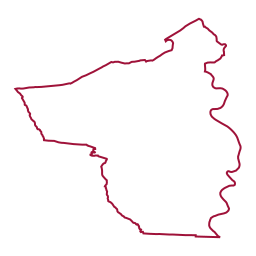 Lacusteni, Vâlcea, Romania (Robinson projection)
{"feature_id": "2599482B8847847737494", "entity_name": "Lacusteni", "entity_type": "district", "adm_level": 2, "iso_a3": "ROU", "parent_name": "Romania", "parent_adm1": "Vâlcea", "projection": "robinson", "projection_center": [23.871, 44.712], "detail": "fine", "context": "isolated", "style": "outline", "palette": "rose", "viewbox_px": 256, "rotation_deg": 0, "n_neighbors": 0, "source": "geoboundaries", "source_scale": "gbopen_adm2", "svg_char_len": 5796}
<svg xmlns="http://www.w3.org/2000/svg" viewBox="0 0 256 256"><path d="M239.5,163.6L238.1,158.2L238.1,157.6L238.2,157.1L238.1,156.8L238.1,156.4L238.5,155.3L239.5,151.6L240.4,149.1L240.6,147.8L240.5,146.2L239.7,144.4L238.9,142.3L237.3,137.7L236.6,136.3L235.7,134.8L234.0,132.6L232.6,131.1L231.0,129.5L229.3,128.0L227.4,126.5L221.8,123.4L215.9,119.9L214.4,118.9L211.9,116.7L211.5,116.1L210.6,114.3L210.4,113.0L210.4,112.2L210.5,111.3L210.8,110.7L211.2,110.0L211.7,109.6L212.8,109.1L216.0,109.0L217.7,108.9L219.0,108.4L220.3,108.0L221.2,107.4L222.0,106.7L223.0,105.6L223.9,104.0L224.9,101.0L226.6,97.3L227.2,96.2L227.6,95.5L227.7,94.2L227.5,93.5L227.1,92.5L226.3,91.3L225.3,90.3L223.3,89.0L222.2,88.5L220.2,88.2L216.3,88.4L215.2,88.2L213.5,87.2L212.9,86.4L212.4,85.3L212.3,84.1L212.5,82.8L213.5,79.9L213.7,78.8L213.6,78.0L213.2,77.1L212.5,76.2L211.5,75.1L210.9,74.2L208.1,72.6L206.3,71.8L204.9,71.5L205.2,69.9L205.2,68.2L204.9,64.6L205.0,63.6L206.4,63.1L207.6,62.6L209.3,62.5L210.0,62.4L213.6,62.5L214.6,62.4L214.9,62.2L216.2,61.1L218.0,60.2L218.5,59.7L219.0,59.5L220.4,58.5L221.9,56.0L222.0,55.5L223.2,55.4L223.4,55.2L224.1,55.1L223.9,51.4L223.7,51.2L223.6,50.2L223.8,49.0L224.2,48.1L224.8,47.4L226.0,45.9L226.0,45.3L225.4,44.5L225.0,44.2L223.2,44.3L222.1,44.8L221.0,44.4L217.1,41.5L216.8,41.2L216.6,40.1L216.7,39.2L216.3,36.7L215.8,35.9L215.1,35.1L213.6,34.2L213.2,33.6L211.8,32.2L210.5,31.3L209.2,30.3L207.8,28.7L205.2,27.1L205.0,26.7L203.9,26.7L203.0,23.8L202.5,21.5L201.8,20.5L200.9,19.6L200.4,19.6L199.6,19.0L198.9,18.8L195.6,20.7L190.0,23.5L185.4,26.3L183.4,28.1L180.2,30.5L166.0,39.0L165.1,39.7L165.8,41.3L166.6,40.5L167.0,40.3L168.4,39.9L169.9,39.9L170.8,40.1L171.3,40.4L172.1,41.2L172.6,41.9L173.1,43.1L172.9,44.3L172.7,45.7L172.5,48.2L172.2,48.9L171.6,50.2L168.8,51.0L164.9,52.5L162.3,54.1L160.0,55.8L158.2,56.8L155.9,58.3L155.0,59.0L154.1,59.6L153.9,59.8L152.4,60.6L151.1,60.4L147.8,60.9L146.9,61.1L146.1,61.6L145.5,60.7L144.9,60.0L140.2,60.4L139.9,60.6L139.5,60.8L134.6,61.7L132.5,61.8L131.6,61.9L129.0,63.3L127.8,63.3L126.7,63.3L124.9,63.5L121.5,62.7L118.1,61.7L117.2,61.8L114.8,61.8L113.4,62.3L112.5,62.3L111.3,62.0L105.8,65.2L103.0,66.5L101.8,67.3L99.3,68.6L93.4,71.8L90.1,73.3L86.0,75.3L82.0,76.8L76.9,80.1L73.7,81.8L72.1,82.8L70.4,83.6L70.1,83.4L69.1,83.4L62.6,84.8L59.5,85.2L41.4,86.9L36.4,87.1L35.5,87.0L33.7,87.3L29.1,87.5L23.5,88.5L22.2,88.6L20.8,88.6L19.4,88.4L17.2,88.5L15.4,88.9L15.6,89.2L16.5,90.1L17.9,92.0L20.2,93.7L20.9,94.9L22.6,96.5L22.7,97.0L22.0,97.8L21.9,98.0L22.0,98.3L22.4,98.8L24.5,102.4L24.7,103.0L24.7,104.5L24.8,104.9L25.0,105.0L26.2,105.5L26.4,105.7L27.1,107.3L27.2,107.8L27.7,108.4L27.7,108.9L28.0,109.5L27.9,110.2L28.4,111.8L29.2,112.5L30.1,113.7L30.1,114.2L29.7,114.9L29.7,115.2L29.7,115.6L30.0,116.0L30.1,116.6L30.8,117.7L31.1,118.3L31.3,119.0L31.6,119.4L32.9,120.5L33.3,121.0L33.8,121.2L34.5,121.9L34.9,123.0L35.0,124.0L35.0,124.7L35.2,125.3L35.8,126.1L36.5,126.7L36.9,127.3L37.1,128.4L37.3,128.8L37.8,129.2L38.0,129.3L38.8,129.2L39.7,129.8L40.0,130.1L40.0,130.5L40.3,130.9L40.9,131.4L41.2,131.8L41.3,132.2L41.3,133.3L41.4,133.7L41.6,134.1L42.4,135.0L42.6,135.8L43.3,136.7L43.5,137.5L44.0,138.5L44.0,139.0L43.9,139.3L44.0,140.2L48.4,140.7L54.2,140.9L58.5,142.3L61.4,142.8L63.6,142.9L73.6,144.1L82.8,144.7L86.5,144.7L87.4,145.5L87.6,145.4L88.7,146.0L90.0,146.3L95.1,148.1L95.2,148.9L95.2,149.0L94.0,149.0L93.7,149.0L93.4,149.3L93.4,149.9L93.2,150.6L93.3,150.9L93.4,151.2L94.1,151.7L94.8,152.1L94.9,152.3L94.7,152.5L93.6,152.5L93.0,152.3L92.3,152.0L91.8,152.1L91.5,152.4L91.6,152.7L91.6,153.0L91.9,153.6L91.9,153.9L91.4,154.3L90.5,154.5L90.4,154.9L90.7,155.2L91.5,155.4L91.9,155.7L94.3,155.8L95.4,155.5L97.9,155.5L98.1,156.0L98.5,156.3L106.7,158.8L106.9,159.1L106.2,160.6L105.8,161.1L105.6,162.1L105.3,162.7L104.9,163.1L104.0,163.3L103.5,163.6L102.7,164.4L101.3,166.5L101.2,166.8L101.6,167.5L102.0,169.8L102.1,171.0L102.1,174.1L102.4,175.4L102.6,175.7L103.2,176.5L105.4,179.0L106.8,180.3L106.7,180.7L106.9,182.3L106.6,184.2L105.2,185.7L104.9,186.4L105.3,186.5L105.8,187.0L105.9,187.4L105.8,188.2L106.3,189.1L106.4,190.0L107.1,191.5L106.8,194.0L106.8,194.5L106.9,194.8L107.7,195.8L107.9,196.5L108.0,197.3L107.7,198.2L107.7,198.6L108.1,199.6L108.2,201.0L108.6,201.4L110.5,202.2L112.2,203.7L113.8,206.1L114.1,206.6L114.5,207.0L115.4,207.4L115.6,207.7L116.1,208.4L116.8,208.9L117.0,209.1L117.2,209.6L117.4,211.2L117.6,211.6L118.2,212.3L118.8,212.6L119.7,213.3L120.8,214.0L122.0,215.5L123.9,216.5L124.4,217.3L124.9,217.6L126.2,217.9L130.2,219.5L132.1,221.4L133.0,222.5L133.7,222.9L134.5,222.9L135.3,223.2L135.7,223.6L135.9,224.0L136.4,224.5L136.8,224.6L137.3,224.2L137.6,224.2L137.8,224.3L138.1,224.7L138.4,225.6L139.0,226.2L138.9,226.9L139.2,227.3L139.2,228.1L139.3,228.4L139.7,228.8L139.8,229.2L140.8,229.4L141.1,229.6L140.9,230.2L140.3,231.3L140.4,231.5L140.9,232.1L142.4,231.8L142.9,231.8L143.4,233.4L149.4,233.8L156.7,234.1L159.2,234.0L168.7,234.5L172.1,234.5L184.8,235.1L195.7,235.2L195.7,236.5L220.1,237.2L218.7,236.5L217.8,235.9L214.4,231.8L213.4,231.2L210.7,228.5L210.0,227.6L209.5,226.5L209.2,225.6L209.2,224.0L209.4,222.1L209.9,221.0L210.0,220.2L210.4,219.5L210.6,218.9L210.9,218.1L212.8,216.8L213.7,216.3L215.2,215.9L218.4,214.6L223.9,213.4L225.9,212.7L226.6,212.3L228.3,210.7L228.8,209.6L229.0,208.6L228.6,207.6L227.9,206.2L226.6,202.9L225.9,201.9L223.4,199.4L221.4,197.0L220.7,195.7L220.3,194.3L220.3,192.8L221.1,191.1L222.2,189.8L224.1,188.4L225.3,187.7L226.8,187.0L229.3,185.8L231.8,185.5L233.6,185.5L234.2,185.2L234.7,184.9L235.0,183.9L234.8,182.3L233.8,181.1L232.4,180.2L229.3,176.8L227.4,174.6L227.2,174.2L226.8,173.1L226.9,172.5L227.3,171.8L227.7,171.4L228.4,171.2L229.0,171.3L230.2,171.8L231.3,172.0L232.2,171.9L236.0,170.6L238.3,168.3L239.0,167.5L239.5,165.7L239.6,164.6L239.5,163.6Z" fill="none" stroke="#9f1239" stroke-width="2"/></svg>